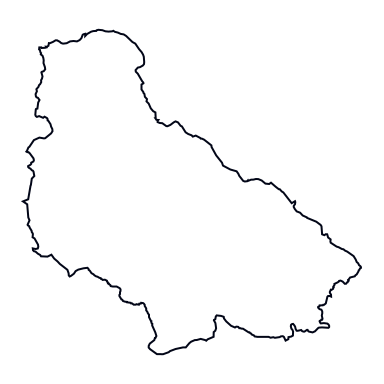 Sijunjung, Sumatera Barat, Indonesia (orthographic projection)
{"feature_id": "22746128B5140836931072", "entity_name": "Sijunjung", "entity_type": "district", "adm_level": 2, "iso_a3": "IDN", "parent_name": "Indonesia", "parent_adm1": "Sumatera Barat", "projection": "orthographic", "projection_center": [101.017, -0.649], "detail": "fine", "context": "isolated", "style": "outline", "palette": "ink", "viewbox_px": 384, "rotation_deg": 0, "n_neighbors": 0, "source": "geoboundaries", "source_scale": "gbopen_adm2", "svg_char_len": 5872}
<svg xmlns="http://www.w3.org/2000/svg" viewBox="0 0 384 384"><path d="M361.0,267.2L360.4,266.2L359.0,265.1L358.2,263.3L356.7,262.0L355.7,259.5L353.6,256.1L347.2,251.6L345.0,250.6L343.5,249.3L341.9,249.0L338.6,247.2L336.6,246.6L330.7,242.7L330.4,241.5L330.6,239.4L328.1,237.5L327.2,234.3L325.8,234.2L324.3,235.2L322.1,234.3L321.5,226.3L320.7,225.0L316.3,221.7L307.1,217.9L306.9,217.4L302.7,215.5L300.1,212.7L296.7,211.4L294.8,209.0L293.7,206.9L293.8,205.8L295.0,204.2L295.3,202.1L295.0,201.2L291.7,203.2L283.3,192.4L281.8,191.5L279.7,189.2L278.8,189.2L275.6,186.7L271.0,182.7L269.2,184.0L265.4,183.6L261.7,180.5L258.3,179.1L255.9,179.0L253.5,179.6L251.0,179.7L248.3,180.8L248.0,180.3L247.3,181.2L244.8,181.5L243.2,180.9L239.3,175.9L238.3,173.7L236.6,171.3L230.3,169.5L223.0,165.6L222.0,162.7L216.2,155.4L211.6,147.1L211.4,145.4L204.0,139.6L201.8,138.6L200.7,138.6L200.3,138.0L195.8,135.6L192.8,136.6L191.6,135.3L188.2,134.0L185.6,132.3L181.9,126.4L180.6,125.8L178.0,122.4L176.1,121.6L175.5,121.4L173.8,122.3L170.4,124.9L167.5,126.2L166.3,126.1L162.3,123.2L159.8,123.0L157.6,122.1L157.6,120.9L158.3,120.0L156.4,119.8L155.4,118.3L155.7,118.3L155.4,112.4L153.2,111.2L150.8,108.4L148.7,103.6L146.5,101.4L147.0,99.1L144.9,96.8L144.4,93.9L143.5,93.0L143.3,92.0L141.5,89.5L141.5,84.5L144.1,82.9L143.8,83.1L142.2,81.3L137.8,73.7L135.8,71.7L135.6,70.1L137.8,67.6L140.1,67.1L142.9,65.5L144.0,64.1L144.2,62.1L143.8,56.8L143.1,54.7L141.6,52.1L139.1,49.2L135.3,43.6L132.4,42.0L126.2,36.0L123.7,34.4L120.7,33.9L117.9,32.6L114.8,31.8L113.3,30.8L112.3,31.3L108.6,31.6L105.4,31.3L102.4,30.2L98.3,29.8L96.6,30.3L96.3,30.9L93.2,31.1L91.1,31.7L87.1,34.0L85.2,36.0L85.2,33.8L83.4,34.3L82.7,34.8L81.4,38.2L79.6,40.1L77.0,41.4L73.5,41.0L70.1,41.4L66.7,43.2L63.5,43.6L62.4,43.5L60.8,42.8L59.8,41.8L57.0,40.3L55.6,40.3L53.0,41.9L49.9,43.2L48.9,43.1L48.4,45.8L47.0,46.6L47.3,46.8L46.1,46.7L46.5,47.4L45.0,47.8L41.5,48.0L41.3,47.4L39.3,47.4L39.1,49.4L39.8,49.7L40.5,52.5L41.1,53.1L40.8,54.4L42.5,55.7L43.3,57.9L43.7,60.2L43.5,63.1L44.9,67.1L45.2,69.3L43.7,71.2L41.9,71.8L41.4,72.3L42.5,76.4L42.0,78.6L41.1,80.2L41.2,82.2L40.1,84.2L39.0,85.2L38.5,86.8L36.4,89.2L36.9,91.3L35.6,94.1L35.9,96.3L36.5,97.3L37.9,97.8L39.5,100.0L38.2,102.5L37.4,108.6L36.1,108.9L35.8,109.4L35.3,114.8L35.8,116.1L36.9,116.9L39.1,116.1L43.1,117.8L44.5,116.7L46.9,118.0L47.5,118.8L47.6,120.4L48.2,120.6L50.5,124.2L51.1,126.6L52.3,129.0L52.5,131.2L51.1,133.4L45.2,138.2L44.0,138.4L39.4,137.6L33.9,140.1L29.4,146.8L28.4,147.5L27.0,150.8L26.4,151.6L27.2,152.1L28.3,152.1L28.3,152.3L29.6,153.1L33.5,158.4L33.9,160.2L33.4,161.5L31.2,162.7L31.2,163.9L30.4,164.8L28.1,166.1L28.1,166.9L28.9,167.8L30.5,168.7L31.9,170.3L32.9,170.7L33.5,171.6L34.3,176.0L31.8,178.6L30.9,184.9L30.5,185.9L28.2,199.3L23.0,201.4L27.2,204.3L28.3,217.5L29.5,220.3L27.6,224.7L27.8,225.3L29.2,226.2L29.6,227.5L31.6,230.8L31.8,232.1L32.6,233.2L32.9,234.0L32.6,237.3L34.5,238.4L38.0,244.6L38.3,246.8L37.8,248.5L35.5,249.0L32.8,248.4L33.0,250.2L33.9,251.2L35.5,251.6L37.9,253.7L40.2,255.0L41.0,256.3L47.5,256.6L51.4,254.7L54.2,258.6L57.6,261.5L59.8,263.9L67.4,269.8L68.6,273.2L68.8,275.5L69.7,276.5L71.1,275.8L73.9,273.7L75.6,271.1L78.3,269.6L83.5,268.3L87.5,267.8L88.6,269.1L88.7,269.9L89.8,270.7L91.5,273.2L93.5,274.3L94.4,275.3L96.2,276.4L97.5,276.7L99.3,277.8L100.8,278.2L101.1,279.0L102.1,279.3L102.6,279.9L104.9,279.7L106.9,280.7L107.0,281.6L107.9,282.4L107.9,283.4L108.9,283.6L109.0,284.2L110.3,285.0L110.7,286.1L112.6,286.5L116.6,286.5L119.7,288.2L120.5,289.3L120.5,291.0L120.0,292.1L120.0,294.1L119.4,294.9L119.4,296.0L121.4,299.4L122.3,299.7L123.0,301.0L125.1,301.7L127.0,301.9L127.0,302.3L130.7,302.8L131.0,303.4L132.1,303.4L133.7,304.7L135.7,304.7L136.4,304.2L138.9,304.7L139.2,303.7L140.8,303.6L141.1,302.8L143.1,303.1L143.9,303.7L144.7,304.8L144.7,305.9L146.2,308.4L146.2,310.3L147.6,312.3L147.8,313.2L149.0,314.7L149.0,317.1L150.9,320.9L152.1,321.6L151.1,321.4L151.7,323.4L152.3,323.8L152.2,325.5L155.3,332.4L156.4,336.0L155.4,338.0L154.9,338.0L154.3,340.1L149.8,343.6L148.7,345.9L148.7,347.6L150.1,349.2L156.9,354.1L163.1,354.2L168.7,352.2L170.0,351.1L175.6,349.0L183.0,347.4L185.8,347.4L189.3,343.2L191.1,341.7L194.8,340.1L196.8,340.0L200.7,338.9L205.3,340.1L206.2,340.7L207.7,339.3L213.6,336.8L213.7,332.1L215.3,330.7L216.1,328.3L215.4,323.1L213.9,320.3L214.0,319.9L215.3,319.2L215.8,316.5L216.7,315.4L221.0,315.9L223.7,316.8L224.0,318.5L226.2,321.4L231.1,325.8L235.0,327.5L236.2,326.7L237.0,326.7L238.3,326.9L239.3,328.2L240.1,328.1L241.4,328.6L243.0,328.7L248.7,332.4L249.5,332.3L250.2,333.2L251.2,333.6L251.7,334.5L253.9,335.4L254.6,336.4L257.6,336.9L268.7,336.9L270.6,337.7L273.3,337.2L274.9,337.8L279.7,337.1L280.8,336.4L282.8,336.2L283.9,336.9L285.6,340.6L288.3,339.2L288.5,337.1L291.1,336.6L292.9,335.6L293.1,331.5L292.3,329.6L291.4,328.7L290.8,326.2L291.1,324.7L292.2,324.0L293.1,323.9L294.2,325.2L295.1,326.6L295.6,328.9L296.6,330.7L297.6,330.8L301.2,330.0L302.1,331.1L303.4,331.6L304.5,331.6L306.9,329.9L307.6,329.9L308.3,331.2L309.0,331.6L312.6,332.4L315.0,331.3L318.2,328.0L319.0,327.6L322.0,327.4L328.4,327.8L329.1,327.2L329.2,326.0L328.6,324.6L327.4,323.6L323.9,323.1L320.8,323.4L320.2,322.7L319.6,321.4L319.7,320.9L320.9,320.4L321.3,319.7L322.2,319.7L322.5,318.7L321.8,315.6L322.3,313.1L322.2,311.3L321.4,309.7L319.5,309.1L318.1,307.6L318.2,306.8L319.4,306.3L319.6,305.4L322.9,305.3L323.2,304.8L324.1,304.8L325.8,303.4L327.4,296.7L328.1,296.0L329.7,296.0L331.1,296.6L331.0,294.6L329.9,292.9L329.8,292.0L330.8,289.7L331.5,289.9L333.1,288.8L333.2,287.1L333.7,287.1L333.7,286.0L334.5,284.9L334.4,283.9L337.6,282.4L338.9,281.5L339.1,280.9L340.6,280.6L342.7,281.6L344.8,283.8L346.1,283.7L347.0,282.4L347.6,282.3L348.2,281.1L348.1,280.3L348.7,280.4L348.7,279.4L350.1,277.5L354.8,276.3L355.3,275.4L356.7,274.4L358.5,271.3L358.7,270.3L359.4,269.8L360.0,268.4L360.8,268.1L361.0,267.2Z" fill="none" stroke="#020617" stroke-width="2"/></svg>